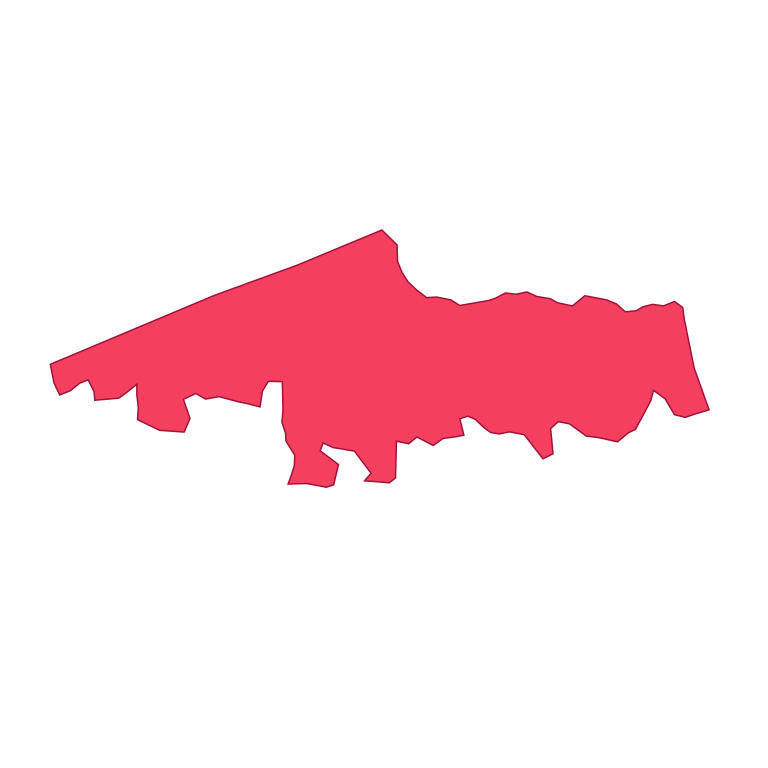 outline of Entre Rios do Oeste, Paraná, Brazil, rotated 158°
{"feature_id": "56859067B61468544872659", "entity_name": "Entre Rios do Oeste", "entity_type": "district", "adm_level": 2, "iso_a3": "BRA", "parent_name": "Brazil", "parent_adm1": "Paraná", "projection": "robinson", "projection_center": [-54.223, -24.708], "detail": "fine", "context": "isolated", "style": "filled", "palette": "rose", "viewbox_px": 768, "rotation_deg": 158, "n_neighbors": 0, "source": "geoboundaries", "source_scale": "gbopen_adm2", "svg_char_len": 1591}
<svg xmlns="http://www.w3.org/2000/svg" viewBox="0 0 768 768"><g transform="rotate(158 384 384)"><path d="M476.2,309.9L468.5,309.3L456.4,326.3L468.2,346.0L462.5,352.1L455.1,344.2L436.6,332.9L429.4,306.1L438.3,301.5L426.1,295.5L416.2,290.4L408.5,292.6L393.9,326.3L383.5,319.4L373.3,322.5L361.4,308.6L349.6,311.4L336.8,308.1L329.1,306.6L326.7,323.4L318.2,322.7L312.6,317.0L307.7,306.2L303.3,299.1L296.0,294.6L285.6,292.6L273.0,284.5L264.6,255.1L253.4,256.0L246.2,280.3L236.5,283.8L227.0,277.6L215.9,259.9L204.1,253.3L189.2,242.9L175.2,247.3L167.9,247.7L153.9,259.3L142.9,268.6L136.5,277.2L128.9,265.0L126.1,246.7L117.1,240.2L106.3,239.6L92.2,238.3L91.9,248.2L91.4,258.4L90.5,282.3L81.4,331.1L78.4,343.1L83.7,351.7L95.5,351.7L105.1,357.2L115.1,358.6L122.8,357.4L133.3,360.6L138.5,371.2L146.5,378.9L164.7,390.6L180.1,385.8L192.5,394.2L197.9,400.8L209.5,407.9L217.0,415.8L228.0,417.8L237.3,422.9L248.6,421.8L256.1,422.3L275.4,426.5L284.3,428.4L290.5,436.9L302.4,444.8L312.1,448.1L318.6,459.0L323.4,469.6L325.5,480.6L325.5,492.6L319.8,508.1L328.3,527.6L419.3,526.7L508.3,529.7L686.0,527.3L689.6,508.5L688.8,495.3L677.1,495.3L665.8,498.8L656.7,498.6L655.7,485.7L658.2,477.3L635.3,470.2L625.9,472.5L613.2,476.4L617.1,466.9L620.7,454.1L625.9,443.3L609.4,425.1L587.3,414.3L576.8,424.7L575.7,445.0L562.0,445.7L555.1,436.9L541.5,434.0L527.3,423.2L517.1,416.3L507.5,409.2L499.4,422.9L490.3,429.8L477.4,424.3L487.3,397.9L493.0,386.7L493.7,375.6L496.3,367.6L493.4,351.5L497.8,341.8L503.9,334.4L510.4,327.2L493.0,320.7L482.9,314.3L476.2,309.9Z" fill="#f43f5e" stroke="#9f1239" stroke-width="1.5"/></g></svg>